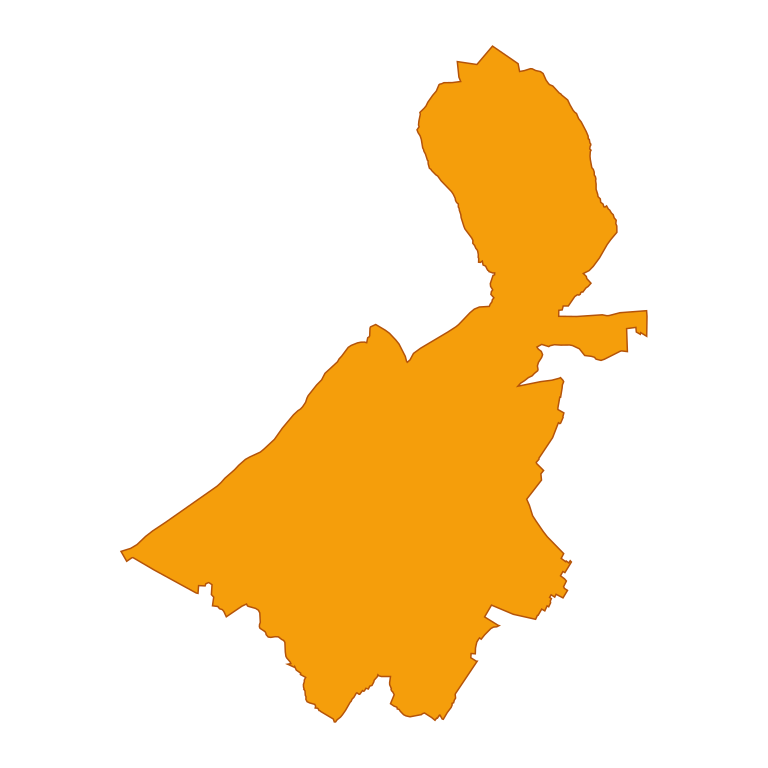 Tlaxcala, Tlaxcala, Mexico
{"feature_id": "50627088B5718128794016", "entity_name": "Tlaxcala", "entity_type": "district", "adm_level": 2, "iso_a3": "MEX", "parent_name": "Mexico", "parent_adm1": "Tlaxcala", "projection": "robinson", "projection_center": [-98.23, 19.317], "detail": "fine", "context": "isolated", "style": "filled", "palette": "amber", "viewbox_px": 768, "rotation_deg": 0, "n_neighbors": 0, "source": "geoboundaries", "source_scale": "gbopen_adm2", "svg_char_len": 6104}
<svg xmlns="http://www.w3.org/2000/svg" viewBox="0 0 768 768"><path d="M518.1,63.7L492.5,46.1L476.9,64.5L457.3,61.6L458.9,77.1L460.7,81.5L452.2,82.6L443.9,82.7L441.5,83.8L439.9,84.1L439.0,84.7L436.3,91.1L432.7,95.3L427.9,102.1L426.0,106.0L424.1,108.3L419.9,112.4L420.3,114.3L418.9,121.0L418.5,125.0L419.1,126.8L417.0,129.8L418.1,132.7L420.1,135.8L421.3,139.4L422.7,147.9L423.5,149.4L424.0,151.4L425.4,153.9L427.4,160.2L428.0,160.6L428.2,163.9L429.4,168.2L431.1,169.5L431.5,170.4L435.8,174.8L437.7,176.0L441.1,180.8L451.5,191.6L453.3,194.3L455.2,198.3L455.5,200.3L456.2,201.8L457.2,203.1L458.3,203.9L458.3,207.0L459.2,208.5L459.3,210.1L460.8,214.6L461.1,217.5L463.8,226.1L464.9,228.9L471.7,238.0L472.9,240.4L472.8,243.3L474.6,245.5L475.8,248.3L477.2,250.0L477.7,251.3L478.3,254.5L478.2,257.4L478.7,258.4L478.6,262.2L480.4,262.4L482.3,261.1L483.1,265.0L485.6,266.1L487.0,269.0L487.8,270.3L488.7,270.8L489.0,271.6L492.9,273.0L494.7,272.9L494.6,274.8L493.0,275.4L490.3,283.6L490.6,286.4L492.6,289.6L492.6,290.1L491.4,291.5L490.9,294.4L493.9,297.8L492.3,299.8L492.0,301.7L490.2,304.2L489.3,306.4L479.4,307.0L474.3,309.1L470.0,312.7L458.6,324.6L455.9,326.8L447.7,332.1L420.6,348.2L413.5,353.4L410.0,359.9L407.3,362.3L406.5,361.1L405.3,356.4L399.0,344.0L395.8,340.0L389.5,333.3L385.3,330.2L375.7,324.5L370.5,326.9L370.0,328.2L369.7,335.8L369.2,336.8L367.7,337.8L366.7,342.7L364.5,342.1L360.8,342.2L357.4,342.9L351.2,345.4L348.2,347.4L341.7,356.1L339.1,358.9L337.5,361.8L325.0,373.3L321.6,379.9L316.6,385.0L308.2,395.6L307.0,398.0L305.6,402.3L302.6,406.8L300.4,409.1L297.9,410.7L293.5,414.8L282.3,428.2L274.4,439.4L263.7,449.3L260.3,452.1L249.9,456.9L245.4,459.4L238.7,465.3L234.4,469.9L224.9,478.2L221.1,482.5L217.2,486.1L165.6,522.3L152.8,530.8L145.6,536.4L137.0,544.6L130.6,548.4L121.0,551.4L126.7,561.3L131.8,557.8L133.0,557.6L153.8,569.8L196.2,593.0L198.0,593.4L198.6,585.6L205.1,585.9L205.8,583.8L208.4,582.6L209.4,582.9L212.0,584.7L211.4,594.6L213.7,597.1L212.5,605.8L217.8,606.5L219.5,608.7L222.3,609.6L223.8,611.4L226.3,616.8L241.9,606.2L246.5,604.0L247.4,605.8L248.1,606.3L255.6,608.4L258.4,610.2L259.8,612.9L260.3,622.3L259.5,624.7L259.4,626.8L260.0,628.3L265.1,631.7L266.0,633.5L266.1,634.6L268.2,637.0L270.7,637.4L275.1,636.7L278.3,636.8L281.6,639.4L283.7,640.5L284.9,642.4L285.3,652.0L285.9,656.3L286.7,657.9L290.1,661.9L290.9,663.6L287.6,664.2L294.2,667.2L294.7,667.3L294.8,666.9L296.3,670.1L300.7,673.2L300.4,674.5L305.7,677.4L304.3,680.0L304.3,681.8L303.4,684.5L303.5,687.0L304.1,688.9L303.8,689.2L305.0,690.9L305.3,695.3L306.0,696.7L305.9,699.4L307.1,701.7L309.6,702.9L314.8,704.4L315.6,706.1L315.2,708.0L317.4,708.2L318.2,708.8L319.0,710.5L319.9,710.7L320.7,711.5L333.3,719.0L334.3,721.9L335.6,721.9L337.1,719.8L340.5,717.1L342.5,714.7L345.5,710.4L350.2,702.2L351.1,701.4L352.1,699.1L353.9,697.3L356.2,693.3L356.9,692.8L359.1,694.3L359.8,694.2L362.5,690.6L363.4,691.2L364.4,690.9L365.9,688.3L368.3,689.0L369.8,686.1L372.0,685.4L373.8,681.9L374.2,680.2L377.4,676.6L377.9,674.8L378.9,675.8L381.3,676.5L390.5,676.5L389.6,682.7L389.7,684.8L391.3,688.5L391.0,689.1L391.5,690.7L392.8,692.0L394.2,694.7L390.5,703.7L394.0,706.1L396.7,707.1L397.2,707.9L397.2,708.9L399.2,709.5L400.3,711.3L403.6,714.7L406.0,715.9L410.0,716.8L421.5,714.6L422.4,713.7L424.5,713.0L431.6,717.5L435.0,720.3L436.7,718.1L437.4,718.2L439.1,715.6L439.2,715.9L440.1,715.3L442.2,719.0L443.3,719.3L447.3,712.5L451.1,707.5L452.1,705.1L452.1,703.3L453.6,702.8L454.3,700.2L455.6,698.1L455.2,694.5L455.5,693.6L477.2,661.2L476.1,661.1L470.8,657.7L471.1,653.5L475.3,653.8L475.5,648.1L476.0,645.6L476.8,642.1L478.3,639.6L479.5,637.9L481.2,639.2L484.6,634.9L490.8,628.6L493.5,627.1L496.8,626.8L499.1,625.6L497.9,625.2L484.6,616.9L491.5,605.1L513.3,614.3L535.6,619.3L537.4,615.4L538.1,615.3L541.7,609.1L544.8,610.9L547.1,605.9L548.7,606.8L550.6,602.8L550.3,601.0L551.4,598.6L549.6,597.4L551.1,594.8L554.7,597.1L556.1,594.3L563.0,597.9L567.5,590.4L564.4,588.4L563.6,586.7L566.4,581.0L564.5,578.8L560.5,575.8L562.9,571.5L564.9,572.6L571.4,562.0L570.2,560.7L568.8,562.9L566.2,561.0L565.7,561.7L561.2,558.4L563.7,553.6L547.3,536.8L543.2,531.5L535.8,520.7L532.6,515.7L529.4,505.4L526.7,499.2L541.5,480.1L540.9,473.8L543.6,470.5L536.7,463.6L536.2,462.3L538.9,459.4L539.0,458.1L552.6,437.7L558.3,423.0L558.5,422.7L559.8,423.6L560.7,423.0L563.1,417.4L562.9,416.6L563.9,412.9L557.9,409.5L557.9,407.9L559.8,397.1L560.6,397.2L562.1,388.1L562.4,384.8L563.7,381.7L562.9,380.2L560.5,377.6L559.4,378.2L551.9,380.2L540.8,381.6L517.9,386.2L520.6,383.2L524.5,380.7L528.4,377.6L532.2,375.8L534.3,373.5L537.7,370.7L538.0,369.4L537.4,365.9L538.5,362.3L541.6,357.5L542.6,354.7L541.3,351.4L538.3,349.1L536.9,347.0L541.7,344.4L548.8,346.6L550.1,345.7L554.4,344.7L560.8,345.1L569.6,345.0L572.4,345.5L579.4,348.8L584.7,355.5L591.2,356.3L593.7,357.0L594.8,357.5L595.5,358.7L596.2,359.2L601.0,360.4L604.5,359.2L620.1,351.3L621.6,350.9L627.4,351.6L626.6,328.6L635.9,327.4L636.3,332.0L640.3,334.3L640.7,332.6L646.7,336.3L647.0,316.4L646.6,310.7L620.0,312.7L608.9,315.6L606.8,315.7L602.3,314.8L576.7,316.5L558.7,316.3L558.8,310.3L562.2,309.9L563.2,306.0L568.3,306.0L574.8,296.5L577.2,294.9L577.8,294.7L578.9,295.1L580.2,294.3L580.8,292.6L582.0,291.8L582.8,292.1L586.0,287.9L588.1,286.5L591.0,283.2L586.8,278.6L586.3,276.4L583.3,273.5L589.1,270.6L593.3,266.3L599.5,257.9L607.2,244.5L610.7,239.7L616.9,232.3L616.8,226.0L615.8,223.6L616.2,220.2L614.2,217.9L613.2,214.7L611.4,213.0L609.7,210.1L608.3,209.0L606.6,205.9L605.0,207.0L603.9,206.8L603.0,204.0L600.7,202.3L600.3,198.9L598.0,196.6L597.7,194.3L596.1,189.3L596.1,184.0L595.6,180.7L595.9,179.0L595.4,176.6L594.3,175.1L594.2,172.1L593.3,169.4L591.8,167.6L590.3,159.4L590.0,156.2L590.3,151.6L591.0,150.2L589.7,148.9L590.1,146.3L590.7,145.3L590.8,144.1L589.9,142.9L589.3,139.4L588.3,138.8L588.1,136.0L586.2,131.5L581.2,121.9L578.6,118.6L576.5,113.5L574.7,112.2L573.1,110.3L570.0,104.9L567.7,100.0L561.5,94.9L560.8,93.9L559.3,93.1L552.8,86.0L549.5,84.6L548.4,83.4L546.1,80.2L543.1,73.5L540.5,71.6L535.6,70.5L532.2,68.8L530.4,68.7L524.4,70.6L519.6,71.5L518.1,63.7Z" fill="#f59e0b" stroke="#b45309" stroke-width="1.5"/></svg>